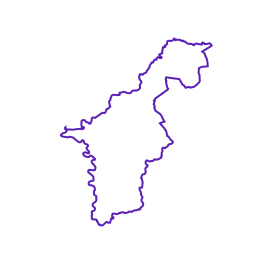 outline of San Sebastián Tlacotepec, Puebla, Mexico, rotated 193°
{"feature_id": "50627088B11534934741350", "entity_name": "San Sebastián Tlacotepec", "entity_type": "district", "adm_level": 2, "iso_a3": "MEX", "parent_name": "Mexico", "parent_adm1": "Puebla", "projection": "albers", "projection_center": [-96.826, 18.377], "detail": "fine", "context": "isolated", "style": "outline", "palette": "violet", "viewbox_px": 256, "rotation_deg": 193, "n_neighbors": 0, "source": "geoboundaries", "source_scale": "gbopen_adm2", "svg_char_len": 5834}
<svg xmlns="http://www.w3.org/2000/svg" viewBox="0 0 256 256"><g transform="rotate(193 128 128)"><path d="M95.3,224.9L95.8,225.0L96.0,225.3L97.7,225.6L98.6,225.2L99.2,225.3L99.8,225.0L100.7,225.0L101.1,224.4L101.8,224.1L102.7,225.5L103.2,225.5L104.3,223.4L105.3,222.5L107.5,222.3L109.0,221.5L109.3,220.6L108.9,219.3L108.8,218.7L109.5,217.6L110.3,217.1L110.7,216.4L110.6,216.2L110.1,215.8L110.0,215.4L110.4,215.0L112.1,214.6L112.2,214.2L111.8,212.3L112.1,210.4L111.6,209.4L111.5,208.4L112.4,208.0L114.2,206.5L114.1,206.2L113.0,205.4L111.4,204.7L111.1,204.1L112.0,203.3L113.1,203.3L114.4,203.8L115.1,203.5L115.8,202.2L115.7,200.9L117.4,200.6L118.1,199.2L118.2,197.6L119.5,197.3L119.6,196.4L120.0,196.1L120.6,194.8L120.9,192.6L120.8,191.9L120.8,191.4L121.3,191.0L121.8,189.1L122.7,187.7L122.6,186.9L123.0,185.9L124.8,184.7L125.2,183.8L126.0,183.2L126.3,183.0L126.8,183.5L127.4,183.5L128.3,182.7L128.5,182.8L128.8,180.4L128.3,179.9L128.2,178.9L126.9,177.3L126.1,176.9L125.3,176.0L125.4,174.6L126.1,173.0L126.1,172.3L125.4,170.1L125.5,168.9L126.0,168.1L127.7,166.6L131.6,165.6L132.7,164.4L132.9,163.5L133.3,162.8L134.0,162.3L136.6,161.9L139.8,162.4L140.3,162.3L141.9,161.3L144.1,160.4L144.2,159.9L143.6,158.8L143.7,158.3L146.8,157.4L149.8,157.1L151.3,155.8L151.6,152.9L151.5,151.3L152.3,150.1L152.3,149.4L151.4,147.0L150.1,145.0L150.4,144.7L150.9,143.5L152.2,142.0L153.2,141.5L153.4,138.6L153.8,137.7L154.3,137.3L156.5,137.0L162.3,130.5L164.2,130.5L165.4,129.5L165.1,126.7L165.3,125.6L165.5,125.4L165.6,123.9L165.9,123.6L166.8,123.7L167.4,124.1L168.1,124.4L169.8,124.4L170.7,124.8L171.8,125.8L173.3,125.8L174.7,124.7L174.8,123.7L173.9,119.9L173.3,118.5L172.7,118.4L171.7,118.9L171.2,118.8L171.0,118.3L171.0,117.8L171.4,117.2L171.9,116.8L172.3,116.6L176.0,116.0L181.7,113.8L184.2,113.5L186.4,112.9L187.8,113.0L188.3,113.2L188.9,113.9L189.1,114.6L189.5,113.9L189.4,113.5L189.1,113.0L187.3,112.0L187.2,111.2L187.3,110.6L188.2,109.4L190.1,108.4L190.8,107.7L191.8,106.2L191.6,105.7L191.0,105.2L189.2,105.0L184.4,105.4L182.7,106.4L179.0,106.3L176.8,105.0L173.6,103.5L172.1,103.1L170.7,103.7L170.1,105.5L169.5,105.9L168.4,105.6L167.9,104.5L166.8,103.2L163.4,102.5L162.9,101.3L163.7,99.7L163.9,99.1L163.7,98.6L163.0,97.9L160.6,96.1L160.3,95.1L160.7,94.5L161.3,94.3L163.8,94.8L164.5,94.6L165.5,93.9L165.9,93.3L165.6,92.1L163.8,90.9L160.6,90.5L159.6,91.0L158.6,92.6L157.2,92.7L153.4,90.7L153.2,90.3L153.2,89.6L154.9,89.0L155.5,88.5L155.9,87.7L155.8,86.9L155.6,86.5L154.4,85.3L152.7,84.3L151.4,83.1L150.8,82.2L150.7,81.8L150.8,79.8L151.3,79.3L152.2,79.0L154.5,78.9L156.5,78.4L157.2,77.0L156.5,75.8L154.4,74.9L151.7,73.4L150.8,72.6L149.9,70.0L149.9,69.2L150.2,68.7L151.6,68.3L153.6,66.9L153.9,66.0L153.8,64.9L153.5,64.2L152.6,63.7L150.2,64.0L147.9,63.4L147.1,62.4L146.3,60.4L146.3,60.0L146.8,59.3L146.9,58.5L146.4,56.9L146.3,56.0L145.9,55.4L145.3,55.1L143.6,54.5L143.4,54.0L143.2,53.3L143.3,52.5L142.6,50.9L142.7,49.7L143.4,48.3L144.1,47.9L145.0,46.6L145.3,45.6L144.9,44.4L144.4,43.8L142.6,43.0L142.0,42.0L141.9,41.4L142.3,40.0L144.0,39.0L144.5,38.3L144.3,37.5L143.3,35.4L143.7,34.2L143.3,33.3L142.8,31.6L142.5,31.2L141.5,31.2L139.9,31.3L138.7,31.6L138.2,31.6L137.5,31.0L137.3,30.1L136.6,29.9L135.6,28.3L135.0,27.8L135.1,28.3L134.4,27.4L133.8,27.2L133.3,27.5L131.7,27.1L131.1,27.3L130.6,27.7L127.9,31.6L127.3,31.6L125.5,31.3L124.1,31.8L124.1,35.8L122.3,36.3L122.0,36.7L121.9,37.1L122.0,37.5L122.3,37.8L123.4,37.9L123.8,38.4L123.8,40.7L123.4,41.2L122.7,41.4L119.0,41.7L117.8,42.7L117.5,43.2L116.7,43.2L116.3,43.8L114.2,44.7L113.7,44.8L111.9,44.4L110.6,44.9L108.8,45.9L108.4,46.6L107.0,47.1L105.7,47.0L104.2,48.5L102.4,49.5L101.0,49.8L99.9,50.8L99.4,50.8L99.5,51.0L98.1,51.5L97.8,51.8L97.9,52.0L98.3,52.0L97.1,54.2L96.3,54.9L95.9,56.7L96.8,58.6L98.2,59.6L98.7,61.0L98.7,61.7L98.3,62.7L98.5,64.2L100.5,66.1L100.7,66.8L100.6,67.5L101.0,68.3L102.9,70.7L103.2,71.5L103.2,72.4L103.0,72.6L101.2,72.9L100.9,73.4L100.9,74.2L101.3,76.2L101.5,78.4L102.4,80.0L102.8,81.3L103.9,82.1L104.0,82.7L103.5,85.9L101.4,86.9L100.7,88.8L101.2,89.9L102.0,92.5L101.6,93.4L100.7,94.7L100.4,95.8L100.5,96.1L101.4,96.4L102.5,97.2L103.1,98.2L103.2,99.3L102.6,100.6L101.8,100.7L101.0,100.4L99.4,100.2L98.9,100.3L98.2,101.0L96.7,101.3L95.8,102.2L95.5,103.2L94.4,103.5L93.5,103.3L92.2,104.2L91.2,104.3L90.3,105.4L89.1,106.3L88.9,107.1L89.3,108.0L88.9,108.6L88.9,109.0L89.6,110.9L89.2,113.3L89.8,114.7L90.0,116.0L89.2,116.8L88.3,116.5L87.4,116.7L86.6,118.0L85.5,118.7L85.2,119.2L85.0,120.4L84.3,121.4L82.1,122.4L81.3,123.4L81.1,124.1L81.4,125.0L83.6,126.1L86.6,128.7L87.4,129.0L87.8,128.9L90.4,134.0L92.3,135.5L93.1,136.3L98.0,139.8L96.9,140.7L93.9,142.4L96.3,145.0L97.8,147.2L100.3,149.1L104.9,150.9L106.1,152.2L106.9,153.4L106.7,153.6L106.8,153.9L106.6,154.3L107.0,155.4L107.8,156.2L107.8,156.5L108.3,157.0L108.0,158.0L108.4,159.2L108.1,159.9L108.8,160.5L108.1,161.1L108.4,162.0L107.9,162.7L107.9,163.1L100.9,170.9L99.6,172.7L98.2,173.9L97.6,175.1L98.8,176.2L100.7,180.0L101.1,181.0L101.1,182.1L101.5,182.2L101.7,183.1L102.3,184.3L102.1,186.0L95.8,186.5L89.2,187.2L88.6,186.9L86.9,184.9L85.6,183.7L85.1,182.7L83.2,182.1L81.8,181.1L81.3,180.3L80.5,180.3L78.2,181.6L77.3,181.7L76.4,181.4L75.5,181.7L73.1,182.9L70.6,185.8L70.2,186.7L69.2,188.0L68.6,190.0L69.2,191.6L69.2,192.1L69.7,193.4L70.0,195.1L70.3,195.8L71.7,197.8L72.3,202.3L70.0,204.1L67.9,204.9L66.7,205.1L64.2,206.1L65.4,210.2L67.3,213.9L69.0,215.7L69.7,217.4L70.5,217.9L70.9,218.3L72.8,219.2L65.7,226.2L65.0,227.3L66.9,228.7L67.6,228.9L69.0,228.1L72.1,226.9L73.2,227.9L73.7,227.7L74.6,228.0L74.9,227.6L74.8,226.0L75.4,225.8L76.1,226.0L76.5,225.8L78.5,225.5L79.5,225.8L80.4,225.7L81.5,224.8L81.9,224.7L82.0,224.1L82.4,223.5L82.9,223.5L84.5,224.3L85.6,224.0L86.1,224.1L86.7,223.6L87.8,223.8L89.2,223.7L91.8,225.0L92.7,224.9L93.8,225.4L94.1,225.0L94.5,225.2L95.3,224.9Z" fill="none" stroke="#5b21b6" stroke-width="2"/></g></svg>